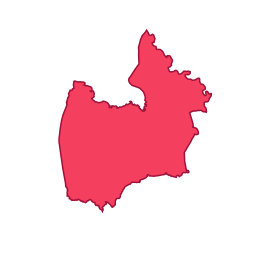 Mamprugu Moagduri, Northern, Ghana (Robinson projection), rotated 326°
{"feature_id": "2480657B18075285363234", "entity_name": "Mamprugu Moagduri", "entity_type": "district", "adm_level": 2, "iso_a3": "GHA", "parent_name": "Ghana", "parent_adm1": "Northern", "projection": "robinson", "projection_center": [-1.366, 10.258], "detail": "fine", "context": "isolated", "style": "filled", "palette": "rose", "viewbox_px": 256, "rotation_deg": 326, "n_neighbors": 0, "source": "geoboundaries", "source_scale": "gbopen_adm2", "svg_char_len": 5879}
<svg xmlns="http://www.w3.org/2000/svg" viewBox="0 0 256 256"><g transform="rotate(326 128 128)"><path d="M60.1,182.9L61.6,181.9L62.2,180.7L62.3,179.4L64.7,179.1L65.8,178.6L67.0,178.9L67.9,178.8L68.2,178.4L67.9,177.3L68.2,176.8L69.8,178.4L70.1,180.6L70.5,181.5L70.4,184.2L70.7,184.9L71.2,185.1L72.0,184.5L73.1,184.9L74.8,184.2L76.0,182.3L76.8,181.3L78.9,180.2L79.5,180.2L81.3,181.4L82.1,181.3L83.3,180.5L84.6,179.0L86.3,178.4L87.1,177.5L88.5,177.2L89.4,176.3L90.9,176.1L91.6,175.3L92.3,175.1L94.9,175.1L97.4,175.4L98.6,175.8L100.5,175.1L103.2,176.7L104.8,178.1L106.2,178.7L107.1,179.5L107.8,178.7L108.0,179.1L108.4,178.8L108.7,178.0L110.5,178.3L112.0,178.9L114.8,179.2L117.0,178.8L117.2,178.7L117.3,178.0L117.6,177.8L118.4,177.8L118.8,178.0L119.1,178.6L118.8,179.5L122.3,182.3L126.4,184.4L130.4,186.0L131.0,186.5L133.3,187.1L133.8,186.5L134.3,186.5L134.6,186.8L134.7,187.2L134.3,187.7L135.4,190.0L136.2,190.2L136.7,191.2L136.5,191.6L140.4,195.8L141.4,195.0L142.5,195.0L143.3,195.8L143.4,197.0L146.4,197.0L147.5,196.0L148.8,195.8L150.1,196.6L150.5,197.2L152.1,197.3L152.1,197.8L152.4,198.4L152.9,198.7L153.8,198.6L154.2,197.8L154.2,197.1L153.5,196.2L152.7,195.8L156.3,187.4L161.1,179.7L173.3,174.0L174.9,172.9L177.6,171.8L179.9,170.3L180.2,171.1L180.9,171.7L182.4,172.3L183.6,171.5L184.3,169.8L184.7,167.0L183.5,165.0L182.2,163.6L183.0,163.1L184.3,160.7L187.7,149.7L188.7,150.0L189.9,149.9L191.2,150.5L192.1,150.4L192.7,151.2L194.4,152.1L195.5,152.4L196.9,153.4L198.0,153.8L198.5,154.3L199.2,156.2L200.7,157.6L201.0,157.7L201.2,158.1L201.6,158.2L201.8,158.6L202.3,158.2L203.4,155.9L203.8,154.6L203.4,152.8L204.9,150.0L205.7,149.5L207.1,149.8L208.6,150.7L209.5,150.7L212.3,148.9L214.8,147.9L216.1,146.5L216.2,146.1L216.1,145.8L214.9,145.8L214.4,145.1L214.3,144.1L214.3,142.4L213.8,141.5L213.2,141.3L212.6,141.4L212.0,142.6L212.1,143.0L211.3,144.3L210.2,144.4L209.7,144.0L209.6,141.6L209.8,140.4L210.6,138.8L213.9,138.9L214.8,137.2L214.7,134.4L214.3,133.6L213.2,132.5L213.1,131.2L213.3,129.8L214.7,127.6L214.9,127.0L214.8,126.5L213.8,125.8L210.6,125.7L208.7,124.8L208.1,124.4L207.4,122.8L205.2,121.1L204.7,120.3L204.4,117.2L204.8,116.2L205.4,116.0L206.2,116.3L207.7,117.5L208.7,117.7L210.0,117.5L210.4,117.2L211.0,116.0L209.8,114.6L208.1,113.8L207.5,113.1L205.9,112.1L203.5,112.7L201.2,112.5L200.5,111.9L200.3,111.2L200.4,110.2L200.7,109.2L200.4,107.6L200.0,107.0L199.1,106.6L197.7,106.8L195.1,105.6L194.4,105.0L194.0,104.1L194.0,103.3L194.4,102.8L194.6,101.3L194.9,100.7L195.4,100.3L197.0,100.8L199.2,100.3L199.7,99.0L201.0,98.3L202.5,97.0L202.8,96.3L202.9,93.8L203.1,92.8L203.0,91.8L202.7,91.3L202.1,90.7L201.0,90.0L200.2,90.4L200.0,91.0L199.6,91.2L199.3,91.0L198.9,88.1L199.5,84.8L199.3,82.7L198.6,80.9L196.4,79.2L195.9,79.0L195.7,78.4L195.9,77.6L196.7,76.6L196.7,76.1L195.1,74.0L195.2,71.5L195.8,70.8L197.4,71.6L200.1,69.2L200.5,68.5L200.5,67.7L201.2,65.7L201.2,65.0L200.7,64.0L198.6,63.9L197.9,63.4L197.7,63.0L197.5,62.2L198.0,60.3L198.1,57.3L196.1,58.2L191.2,59.5L190.7,60.3L190.3,60.2L187.8,61.8L181.6,67.2L180.6,69.2L177.0,74.4L173.0,81.0L166.8,83.3L158.9,86.7L156.6,87.4L155.2,88.8L154.6,91.0L154.7,92.4L155.2,94.9L159.0,100.0L160.1,101.8L161.0,106.3L160.8,108.0L160.0,111.1L159.1,112.8L158.1,114.0L157.6,114.2L157.4,114.5L157.7,115.3L157.7,116.8L156.3,117.0L155.3,117.5L155.3,118.0L156.3,118.9L156.3,119.3L155.5,119.6L155.1,120.0L154.2,119.2L153.4,119.4L152.8,120.0L153.0,121.3L152.7,121.9L152.5,121.1L151.2,121.0L151.0,121.5L151.2,122.0L151.9,122.1L152.2,122.5L151.9,122.8L151.5,122.7L151.1,123.0L150.7,122.8L150.9,122.3L150.8,121.9L150.6,121.8L149.5,122.1L149.3,120.8L148.7,119.7L149.0,118.8L148.6,118.4L148.5,117.3L149.3,116.8L148.8,114.3L147.8,114.4L147.8,114.0L146.8,113.0L146.6,111.9L146.2,111.9L146.0,112.2L145.5,112.1L144.6,110.9L145.3,109.6L145.6,108.2L145.4,107.5L144.3,107.1L144.3,107.8L144.6,108.2L144.7,108.5L144.2,108.8L141.2,108.4L141.0,108.6L140.6,108.4L140.0,107.3L139.5,107.3L138.7,107.8L137.7,107.9L136.8,107.3L133.8,106.9L133.4,106.3L132.8,105.9L131.1,105.9L130.0,105.5L130.0,105.3L130.7,105.0L130.7,104.4L130.4,103.1L129.1,102.5L127.3,100.8L127.0,100.7L126.6,100.9L126.3,101.8L125.9,102.1L125.6,102.0L125.4,101.1L124.2,100.9L124.0,100.3L125.2,99.9L125.5,99.3L124.9,98.3L125.2,97.7L125.2,96.2L124.6,94.7L123.6,93.1L122.3,91.8L121.8,91.9L120.2,91.7L117.5,90.4L116.5,88.8L115.3,87.8L115.2,86.6L114.7,85.6L114.4,83.2L114.6,83.1L116.0,83.3L117.4,83.1L117.8,82.1L119.2,80.6L120.0,78.1L119.4,77.6L118.9,77.8L118.0,77.5L117.6,76.5L118.3,76.8L119.7,76.0L120.4,74.1L119.9,72.7L118.8,71.5L118.2,70.5L116.3,68.8L115.6,67.7L116.9,67.4L117.2,67.1L117.5,66.3L117.3,65.7L116.3,64.6L114.9,63.8L114.5,63.1L112.2,61.9L110.1,59.2L109.7,59.1L109.0,59.3L108.5,60.1L107.2,61.3L106.7,62.1L105.5,64.8L104.8,64.6L103.6,64.6L102.9,65.3L102.4,65.5L101.2,64.3L100.0,65.1L98.2,66.1L97.7,66.6L97.7,67.5L97.4,68.1L96.6,68.4L95.7,69.2L95.0,69.2L94.9,69.6L93.9,70.2L92.5,71.6L92.0,71.8L91.5,72.2L91.7,72.6L91.0,73.2L90.7,73.7L90.9,73.9L90.3,74.7L82.1,80.4L78.8,83.1L76.9,84.9L71.5,90.6L64.8,98.4L63.0,101.1L51.5,124.8L45.1,139.3L44.0,141.1L43.6,142.0L44.1,143.4L43.4,144.5L43.5,145.0L42.8,146.0L42.8,146.4L42.3,146.6L41.7,147.1L41.0,148.1L40.8,149.1L39.9,149.6L40.1,149.6L39.8,149.9L40.2,150.0L40.3,150.6L40.1,150.8L40.0,151.1L40.4,151.3L40.7,152.7L40.7,153.0L39.8,153.7L40.9,155.2L40.9,155.6L40.7,155.9L40.8,156.2L41.5,156.5L41.6,156.9L43.2,158.0L44.5,158.4L44.7,159.0L45.5,159.1L45.9,159.5L46.7,159.2L47.2,159.5L47.4,160.4L48.0,161.1L48.1,162.3L49.0,162.6L48.8,163.2L49.1,163.9L49.5,164.3L50.0,164.2L51.0,166.1L52.7,166.1L53.5,165.5L54.2,166.0L54.8,166.2L55.9,165.8L56.7,166.2L57.4,167.8L57.0,168.0L57.4,169.7L58.8,171.5L58.4,172.0L58.1,172.8L58.1,174.1L58.4,174.5L59.5,174.9L59.6,175.8L60.4,176.0L59.7,177.5L59.8,178.0L59.5,178.7L59.7,179.0L59.5,179.6L60.2,181.0L60.4,181.1L60.4,181.4L60.6,181.6L60.3,181.8L60.1,182.9Z" fill="#f43f5e" stroke="#9f1239" stroke-width="1.5"/></g></svg>